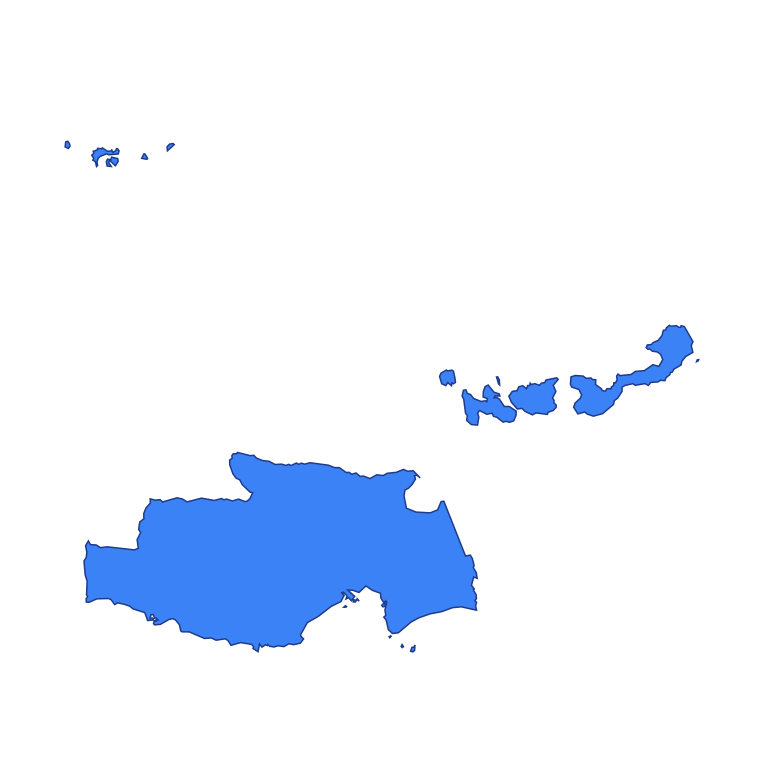 Maluku Tengah, Maluku, Indonesia, rotated 175°
{"feature_id": "22746128B41463091507887", "entity_name": "Maluku Tengah", "entity_type": "district", "adm_level": 2, "iso_a3": "IDN", "parent_name": "Indonesia", "parent_adm1": "Maluku", "projection": "albers", "projection_center": [128.463, -3.665], "detail": "fine", "context": "isolated", "style": "filled", "palette": "blue", "viewbox_px": 768, "rotation_deg": 175, "n_neighbors": 0, "source": "geoboundaries", "source_scale": "gbopen_adm2", "svg_char_len": 6166}
<svg xmlns="http://www.w3.org/2000/svg" viewBox="0 0 768 768"><g transform="rotate(175 384 384)"><path d="M699.6,192.7L696.7,192.3L688.8,195.0L677.0,194.3L674.5,192.7L671.5,187.7L668.4,189.2L662.0,187.2L656.6,184.8L653.7,181.9L642.2,177.1L640.1,169.0L634.5,169.0L634.0,170.0L635.3,171.1L637.4,171.1L636.2,174.5L633.9,174.4L632.9,170.7L631.4,170.9L629.8,168.6L631.6,169.0L631.8,167.5L633.6,168.3L634.5,165.4L633.6,164.1L627.8,164.0L618.7,168.2L614.9,168.6L612.4,167.3L608.8,162.0L608.0,155.8L606.7,154.7L599.6,154.0L584.9,146.1L578.3,146.1L573.6,143.4L564.4,144.0L561.9,142.2L559.2,137.0L549.4,138.9L538.7,136.2L536.7,133.6L537.5,131.9L532.8,128.3L530.6,135.8L528.5,132.5L524.7,134.6L522.9,133.7L522.4,134.5L520.8,132.7L516.5,131.6L512.3,132.4L506.5,131.1L501.5,133.5L496.5,132.2L489.9,133.1L486.3,137.1L488.9,140.1L488.9,141.6L481.1,153.0L469.6,158.3L455.9,167.1L445.9,171.0L442.1,177.0L444.8,180.1L443.5,179.1L442.9,180.2L440.2,177.6L439.2,175.7L440.6,173.2L438.0,174.2L435.4,170.9L431.7,175.0L438.1,181.9L433.5,181.4L427.1,178.5L419.6,184.4L413.5,179.4L405.8,175.9L405.7,170.9L403.8,167.2L401.6,166.5L401.3,167.7L400.3,166.5L402.8,158.6L402.4,153.3L404.5,151.8L402.4,148.6L401.1,138.9L397.3,134.7L391.4,134.9L377.8,144.5L369.8,148.0L358.1,151.0L346.4,152.2L335.2,155.2L326.5,155.3L311.5,150.6L312.1,154.9L310.8,158.5L312.4,160.3L310.6,162.1L310.6,166.1L312.9,170.9L311.9,171.9L314.4,175.8L311.5,183.9L308.1,182.3L308.5,188.0L311.0,193.3L310.0,195.4L311.2,202.4L312.9,206.0L317.8,205.6L334.6,262.0L337.3,261.9L341.6,253.9L349.2,251.6L363.2,253.6L372.5,258.3L373.8,270.7L372.4,276.5L368.6,278.1L364.5,281.7L360.9,286.6L361.7,289.9L359.1,290.2L356.2,287.4L362.4,295.0L368.1,295.1L372.1,297.2L379.6,294.9L388.5,294.8L392.7,292.9L399.2,294.2L406.1,291.0L412.8,294.2L415.8,294.0L419.6,297.8L424.1,296.9L426.1,298.9L429.5,299.2L435.8,304.6L440.5,305.0L446.6,308.0L464.5,312.0L470.2,311.1L473.2,312.4L475.9,311.4L478.1,312.9L483.7,310.9L486.1,312.3L488.6,311.4L493.0,313.1L499.5,313.3L505.4,317.1L511.6,318.3L517.5,321.3L519.9,324.3L523.5,324.3L535.9,328.6L536.9,327.5L540.3,327.6L541.8,325.9L541.8,323.2L544.4,321.7L544.7,316.8L542.3,307.6L539.5,303.1L536.1,301.1L533.9,296.0L526.8,287.9L524.3,287.1L527.6,281.4L530.6,279.3L532.4,278.9L538.9,282.0L545.3,280.7L551.0,283.2L553.5,282.5L555.8,284.1L563.1,282.8L575.8,286.2L590.4,283.7L594.8,287.0L600.1,288.7L614.8,285.8L617.2,288.3L622.2,288.3L626.9,290.0L627.2,285.6L631.9,281.3L634.7,275.7L634.9,270.7L639.3,267.9L641.1,260.5L639.4,257.1L643.5,250.5L643.1,241.7L647.2,240.5L673.8,245.9L680.7,245.7L684.7,248.7L690.4,249.6L692.2,253.4L695.4,248.9L694.7,242.5L695.7,237.2L698.3,233.8L698.3,219.7L696.9,213.5L698.7,200.0L697.8,197.9L699.5,195.9L699.6,192.7ZM172.7,369.8L176.0,370.3L177.1,371.9L182.3,372.1L184.8,374.5L192.6,375.8L197.1,374.8L198.3,367.5L197.3,364.6L190.3,361.5L188.1,355.9L189.5,352.9L195.3,348.3L197.1,344.3L193.4,337.3L186.3,338.6L184.5,336.5L178.2,333.7L168.8,335.4L157.1,343.7L156.0,347.4L152.6,349.4L147.5,355.8L147.1,360.1L144.0,361.6L136.0,362.6L133.9,360.8L124.0,361.6L120.8,359.6L118.1,362.3L110.9,362.2L108.1,363.6L103.9,362.8L102.4,365.8L98.5,368.3L97.7,370.4L95.9,370.7L93.9,373.5L86.3,377.1L85.4,380.6L80.9,385.2L73.5,388.6L74.6,395.4L72.5,399.2L79.8,415.1L83.0,416.1L83.2,414.8L85.3,414.7L87.5,416.6L93.5,416.6L94.5,417.6L97.7,415.5L98.7,413.2L101.0,413.2L102.9,407.9L107.0,403.6L112.5,401.7L114.2,400.0L118.2,400.0L119.7,397.5L118.2,395.6L116.2,395.7L113.8,393.3L108.9,392.1L105.8,389.3L104.2,384.0L108.7,377.6L114.5,379.8L123.5,374.6L132.6,374.6L137.1,371.9L148.2,371.8L150.0,373.5L151.6,371.7L151.4,368.0L153.3,364.9L154.9,365.2L155.5,362.4L157.7,361.3L158.2,359.5L162.3,359.9L164.2,357.4L167.5,358.8L167.9,360.4L173.3,365.0L172.7,369.8ZM235.2,341.9L223.8,339.5L223.2,341.4L217.7,342.9L214.6,345.7L214.2,347.8L216.5,350.8L216.0,352.8L217.3,355.4L213.4,361.5L215.5,367.9L210.1,373.4L211.4,375.1L222.2,373.9L223.8,371.4L227.2,371.1L229.2,369.2L233.8,371.2L237.3,370.7L238.3,372.1L239.0,369.7L241.0,370.0L242.5,366.9L245.9,370.2L250.0,369.5L251.9,365.8L256.8,365.5L260.7,361.0L258.6,354.6L253.4,347.5L248.7,347.7L245.9,344.5L238.8,340.3L235.2,341.9ZM262.3,334.9L257.9,336.0L255.2,341.3L254.7,345.4L261.0,350.6L266.2,351.2L270.3,358.8L272.6,360.7L275.6,360.7L274.2,362.6L269.6,361.9L270.1,364.1L275.2,366.3L280.3,373.9L283.5,372.6L285.7,367.8L286.4,362.5L282.2,360.3L283.2,357.4L284.2,358.4L288.9,358.2L295.9,361.7L298.7,366.0L301.9,367.4L302.8,371.0L305.4,370.9L307.2,365.3L305.9,361.8L305.3,347.7L303.7,345.3L304.9,340.6L300.6,336.0L294.4,334.9L292.4,342.8L293.2,347.0L291.1,349.2L284.2,344.9L278.9,345.4L277.7,342.2L274.7,341.2L268.6,335.6L265.7,336.2L262.3,334.9ZM320.4,379.8L316.9,376.4L316.2,379.2L314.8,378.2L312.7,379.3L312.8,383.7L313.7,390.7L315.1,391.9L319.4,391.5L320.6,392.5L326.2,389.9L328.0,386.7L326.5,379.2L322.5,377.0L320.4,379.8ZM651.4,625.7L650.2,626.8L650.6,630.1L649.0,633.9L646.8,635.5L640.4,637.5L638.2,636.3L628.7,636.3L627.6,639.4L628.8,641.4L629.8,641.8L631.4,639.5L634.0,638.4L634.8,640.9L636.1,639.8L639.3,640.0L644.0,643.8L644.7,643.0L648.8,643.7L649.3,642.1L653.4,641.2L653.0,639.2L655.2,637.3L653.4,634.0L654.6,632.4L652.2,630.8L651.4,625.7ZM632.6,624.8L629.4,628.9L629.7,631.8L635.6,633.7L637.1,630.0L632.6,624.8ZM680.0,652.9L681.0,648.0L677.9,646.2L676.1,648.3L676.3,650.6L677.9,653.4L680.0,652.9ZM579.5,639.2L579.4,635.2L572.1,640.7L573.2,642.0L576.6,641.7L579.5,639.2ZM600.6,628.5L599.8,629.3L602.1,634.0L603.2,634.1L605.7,629.9L600.6,628.5ZM640.8,625.2L636.7,624.4L638.9,628.5L637.7,631.6L639.8,632.1L641.3,629.7L640.8,625.2ZM380.8,115.5L378.6,114.6L376.7,116.0L375.9,121.3L377.3,119.1L379.2,119.2L380.8,115.5ZM271.3,381.2L269.8,374.0L268.9,373.0L268.8,378.2L270.1,381.2L271.3,381.2ZM404.4,162.1L402.0,162.5L402.6,166.4L405.6,163.6L404.4,162.1ZM433.7,169.6L431.6,169.3L430.3,170.9L433.2,171.8L433.7,169.6ZM388.7,122.9L389.8,121.0L388.8,119.8L387.5,120.6L388.7,122.9ZM70.6,379.1L68.8,379.8L68.4,380.9L69.8,380.8L70.6,379.1ZM429.9,171.5L427.6,170.0L429.5,172.5L429.9,171.5ZM443.5,165.2L441.3,165.0L440.7,165.6L441.8,166.5L443.5,165.2ZM401.0,131.8L400.3,130.7L398.9,132.1L399.3,132.5L401.0,131.8Z" fill="#3b82f6" stroke="#1e3a8a" stroke-width="1.5"/></g></svg>